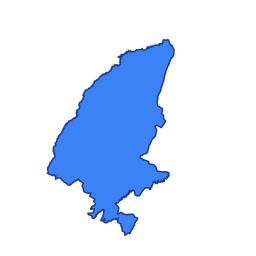 the district of Masi-Manimba, Bandundu, Democratic Republic of the Congo, rotated 27°
{"feature_id": "63176286B37254158064276", "entity_name": "Masi-Manimba", "entity_type": "district", "adm_level": 2, "iso_a3": "COD", "parent_name": "Democratic Republic of the Congo", "parent_adm1": "Bandundu", "projection": "robinson", "projection_center": [18.055, -5.013], "detail": "fine", "context": "isolated", "style": "filled", "palette": "blue", "viewbox_px": 256, "rotation_deg": 27, "n_neighbors": 0, "source": "geoboundaries", "source_scale": "gbopen_adm2", "svg_char_len": 5865}
<svg xmlns="http://www.w3.org/2000/svg" viewBox="0 0 256 256"><g transform="rotate(27 128 128)"><path d="M104.7,50.9L104.3,52.0L102.5,53.1L101.9,53.9L99.9,54.5L99.2,56.7L97.1,58.4L96.6,58.3L96.2,58.8L95.1,58.1L94.4,59.4L93.2,58.9L92.8,61.9L92.0,61.1L91.8,62.5L90.9,63.4L91.1,64.3L89.9,66.3L89.2,65.2L88.8,65.5L88.8,67.4L89.7,67.6L88.8,68.5L88.3,67.9L87.8,68.0L87.2,69.0L89.9,69.3L90.1,69.6L90.1,71.4L91.4,72.8L91.0,73.3L91.7,73.7L92.1,74.6L92.0,75.3L91.3,76.1L91.2,76.8L90.6,77.6L90.1,77.5L89.5,76.7L87.2,78.1L87.8,78.8L86.9,80.1L86.3,80.0L86.0,80.3L86.1,82.4L86.8,82.9L86.3,83.9L86.3,85.4L85.8,85.5L85.8,86.5L84.9,87.9L84.2,88.2L84.4,89.0L84.2,89.5L83.1,89.3L82.7,90.9L81.3,91.3L81.3,92.6L80.5,93.0L80.3,94.3L79.9,95.0L79.2,98.8L78.2,99.5L78.1,100.4L77.3,101.0L76.8,102.1L77.4,102.9L77.4,103.9L76.8,105.8L77.5,106.5L76.4,107.4L76.3,109.7L75.0,110.4L75.0,111.3L74.6,111.7L74.3,112.6L73.3,113.4L72.8,114.4L73.1,115.0L72.7,116.6L73.3,117.4L73.0,118.5L73.1,119.2L73.5,119.6L74.7,119.5L74.7,119.9L74.2,120.8L74.8,122.8L74.3,124.4L74.5,125.5L73.6,126.7L73.4,128.1L73.8,128.5L73.6,129.3L73.8,129.9L75.6,131.0L75.4,131.9L75.8,133.0L75.7,133.5L74.2,135.8L75.6,137.1L75.1,137.9L75.3,138.5L76.3,139.1L77.1,139.0L76.5,140.0L76.7,140.4L77.3,140.5L76.9,142.0L76.4,142.3L76.1,143.7L75.4,143.5L74.8,144.5L74.5,146.0L73.9,146.6L73.8,147.4L72.1,148.7L72.0,149.1L72.3,149.9L71.1,151.8L71.7,152.8L70.9,152.9L70.9,154.1L70.7,154.4L71.0,155.1L70.6,156.2L71.1,157.6L71.0,158.1L70.6,158.5L71.0,159.0L70.7,161.1L70.9,163.5L70.6,164.8L70.2,165.0L69.8,167.3L70.5,168.5L69.8,170.0L70.7,172.5L70.4,173.9L70.0,174.3L70.7,175.1L70.8,175.7L71.6,176.3L70.9,177.2L70.6,178.0L70.4,178.8L70.6,180.1L71.4,180.7L71.4,181.5L72.1,182.9L73.6,183.5L73.8,184.3L74.4,184.4L74.3,185.0L74.9,185.0L75.5,186.3L76.2,187.0L75.1,189.3L75.3,189.7L74.9,191.6L75.1,193.1L74.3,194.6L74.8,195.1L74.7,196.7L74.9,197.9L74.5,199.8L75.2,201.4L76.8,203.1L77.0,204.0L76.8,204.9L80.1,204.9L80.7,204.6L82.6,204.5L83.2,203.3L84.0,203.2L84.1,203.7L85.0,204.1L85.6,203.8L86.7,206.3L88.9,203.8L90.3,203.3L90.9,203.4L92.2,204.3L93.4,204.4L95.6,205.2L97.6,205.1L100.5,206.0L101.7,205.6L102.2,205.1L104.2,200.6L106.6,197.3L107.0,196.2L109.7,197.1L113.2,197.3L113.6,197.6L113.2,198.3L113.3,200.3L114.1,200.7L117.5,204.5L118.2,204.8L120.3,204.7L121.9,204.3L124.5,203.1L124.8,206.1L129.8,206.3L130.8,206.7L130.5,208.7L133.1,209.9L133.4,210.9L133.3,211.7L131.5,214.5L131.4,216.7L131.9,217.4L134.3,215.3L134.9,215.9L135.3,217.3L135.3,219.2L134.9,220.0L133.1,221.1L131.2,221.9L131.2,222.4L131.9,223.1L135.3,222.8L137.6,224.4L138.6,224.1L139.4,222.2L139.3,221.5L139.7,220.8L139.6,220.5L139.2,220.7L139.1,220.4L139.3,219.4L139.8,218.8L139.7,218.1L140.1,217.2L139.8,216.6L141.0,216.0L141.9,214.1L141.7,213.1L142.3,213.0L142.8,212.1L143.5,211.8L144.4,213.4L145.3,216.1L145.7,218.1L145.5,221.9L146.1,222.9L147.5,221.9L148.0,220.1L148.5,219.6L149.0,220.3L148.5,222.4L149.5,222.8L150.4,222.8L151.9,222.2L152.6,221.5L153.1,219.3L155.0,218.9L155.8,217.0L157.7,214.9L159.1,215.1L160.0,213.1L160.4,212.9L161.2,216.0L162.0,216.7L165.3,216.9L166.7,219.0L168.4,220.0L168.6,221.0L169.6,222.4L172.4,222.5L173.9,224.8L174.4,224.6L175.8,221.5L176.3,221.1L177.5,221.4L177.6,216.3L178.0,215.7L177.6,214.3L177.9,211.9L177.4,210.5L177.3,208.0L177.8,206.0L177.7,204.3L177.4,203.9L174.3,204.2L172.1,202.9L170.9,202.7L170.4,203.3L168.0,204.5L166.6,205.7L164.0,206.5L160.0,206.4L158.6,208.8L157.9,209.1L157.5,208.8L157.0,205.7L155.8,203.1L153.3,201.8L150.9,201.1L151.3,200.7L152.1,200.7L151.9,200.1L152.1,199.7L153.2,199.0L153.4,196.8L153.1,196.4L154.2,195.8L155.1,194.2L154.1,193.8L154.8,193.3L155.2,191.1L156.0,191.6L155.9,190.7L156.7,190.9L156.9,190.0L157.6,189.9L157.1,189.4L157.3,188.8L157.1,188.0L157.7,188.2L157.8,186.7L158.5,186.8L158.7,186.5L158.1,186.0L158.6,185.4L158.5,185.1L157.9,185.2L157.7,184.8L158.6,184.0L157.7,183.2L158.5,183.0L159.1,183.7L159.7,183.8L159.7,183.0L160.2,182.0L160.7,181.9L160.6,181.4L160.9,181.0L162.9,181.5L163.7,183.2L164.9,184.4L166.9,184.3L168.8,183.3L169.2,182.1L169.3,178.1L170.2,174.4L171.0,173.2L172.7,172.2L173.9,172.5L174.4,172.2L174.9,172.3L175.2,172.9L175.8,172.4L175.4,171.4L176.1,169.9L175.4,169.1L175.7,167.0L175.0,164.9L176.1,163.3L176.4,163.2L176.6,164.6L177.5,164.7L177.7,163.7L178.6,164.3L179.4,164.0L179.6,163.4L178.8,162.4L179.1,161.2L180.1,162.1L180.5,161.9L181.0,161.3L181.5,161.4L181.6,159.8L182.2,160.3L182.5,160.0L183.1,160.4L183.6,159.7L184.4,159.3L184.4,158.8L183.4,159.0L183.4,158.5L184.0,157.8L183.4,157.0L184.0,156.3L185.1,156.1L185.2,155.3L185.5,155.2L185.6,154.8L185.0,154.5L184.7,153.9L185.3,153.1L185.9,153.5L186.2,153.2L186.2,151.9L185.7,151.1L185.1,151.0L184.8,149.5L183.2,149.5L181.8,149.8L178.3,151.7L174.1,152.9L173.2,152.9L170.3,149.9L168.5,149.2L167.2,149.2L163.9,150.2L163.0,150.3L161.6,148.5L156.4,149.2L152.6,149.1L151.8,148.5L151.9,147.0L152.7,146.2L154.1,143.9L156.1,142.1L156.4,140.6L155.4,137.6L155.5,137.0L154.7,134.0L155.1,132.2L154.8,131.0L154.7,126.6L155.7,124.3L156.0,122.7L155.9,121.5L155.3,120.4L154.6,117.0L153.8,116.0L151.5,114.7L151.3,114.0L152.3,112.9L153.2,112.5L157.5,112.5L158.1,109.0L158.3,105.2L157.9,104.6L155.1,103.3L154.5,101.4L153.9,100.6L151.3,99.8L150.7,96.3L150.1,95.4L149.6,95.1L144.5,94.7L142.3,92.3L140.9,87.3L140.0,86.5L140.2,83.0L140.0,79.2L139.5,78.5L138.8,72.7L138.4,71.3L138.5,70.3L137.7,68.1L137.8,67.5L137.3,66.8L136.3,61.1L135.9,60.3L135.8,57.8L135.3,55.0L135.6,53.7L135.4,51.9L134.8,50.0L135.2,48.9L134.8,47.6L135.6,43.6L135.0,40.8L133.5,37.4L129.5,34.4L129.1,34.9L128.6,34.7L126.7,33.7L124.2,31.3L123.3,31.2L122.6,32.3L119.8,33.2L119.5,33.5L120.0,35.8L119.8,36.6L120.2,37.6L118.0,38.4L117.8,38.8L118.5,40.2L116.5,40.6L113.5,42.7L112.5,45.2L112.0,45.1L111.7,44.4L111.1,45.0L110.3,47.5L110.0,47.6L109.5,46.5L108.6,46.9L108.4,47.5L108.7,48.7L108.5,49.5L107.0,51.5L105.5,51.5L104.7,50.9Z" fill="#3b82f6" stroke="#1e3a8a" stroke-width="1.5"/></g></svg>